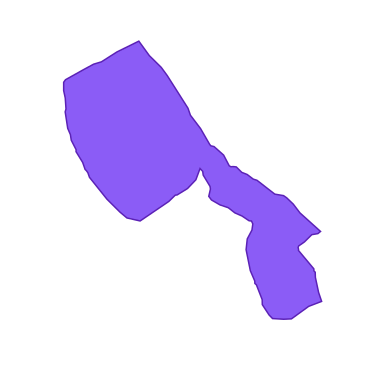 the district of Yupiltepeque, Jutiapa, Guatemala, rotated 317°
{"feature_id": "79465075B99403768988666", "entity_name": "Yupiltepeque", "entity_type": "district", "adm_level": 2, "iso_a3": "GTM", "parent_name": "Guatemala", "parent_adm1": "Jutiapa", "projection": "orthographic", "projection_center": [-89.785, 14.166], "detail": "fine", "context": "isolated", "style": "filled", "palette": "violet", "viewbox_px": 384, "rotation_deg": 317, "n_neighbors": 0, "source": "geoboundaries", "source_scale": "gbopen_adm2", "svg_char_len": 1314}
<svg xmlns="http://www.w3.org/2000/svg" viewBox="0 0 384 384"><g transform="rotate(317 192 192)"><path d="M195.2,28.3L176.1,23.6L173.0,24.2L167.3,30.3L163.4,36.8L156.5,45.3L153.9,46.9L144.5,60.7L142.2,67.1L139.0,71.8L136.1,82.0L134.7,83.4L132.2,95.8L129.2,102.6L129.3,104.2L129.0,106.8L127.0,111.4L124.9,139.3L125.6,157.6L126.7,166.6L134.3,177.8L168.6,183.1L177.6,182.9L179.1,184.0L191.1,186.4L203.2,185.7L213.9,180.3L213.9,184.2L211.7,187.3L209.0,200.2L207.5,202.4L201.3,206.6L200.8,211.1L203.7,220.6L207.8,228.2L209.1,236.5L212.2,243.7L214.1,251.9L215.7,253.8L214.7,256.8L209.9,260.7L200.4,264.0L192.2,271.1L181.0,289.3L177.2,299.9L175.6,301.8L175.8,303.8L169.9,318.6L166.6,322.3L164.5,334.4L164.6,339.5L172.3,347.6L178.2,352.6L199.3,355.2L212.2,360.4L216.1,351.8L224.0,338.6L227.4,334.7L227.4,332.8L228.7,331.3L230.0,307.4L230.9,306.5L231.8,304.9L233.2,304.2L240.2,305.2L250.5,304.9L255.7,308.3L259.1,308.5L256.7,280.9L257.8,269.9L257.3,260.9L256.5,257.1L251.1,250.0L247.5,227.7L245.6,224.4L244.3,216.8L241.8,211.6L241.5,203.9L240.3,202.4L238.9,201.0L237.7,200.1L237.1,198.2L240.3,186.6L239.1,173.8L237.3,171.1L237.4,169.2L241.5,151.5L243.2,134.8L246.2,128.0L253.3,89.9L254.5,79.9L253.8,63.2L256.0,45.4L232.8,38.4L214.5,35.0L207.2,31.4L195.2,28.3Z" fill="#8b5cf6" stroke="#5b21b6" stroke-width="1.5"/></g></svg>